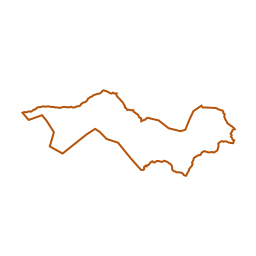 the district of Passagem Franca do Piauí, Piauí, Brazil, rotated 104°
{"feature_id": "56859067B41463786975688", "entity_name": "Passagem Franca do Piauí", "entity_type": "district", "adm_level": 2, "iso_a3": "BRA", "parent_name": "Brazil", "parent_adm1": "Piauí", "projection": "robinson", "projection_center": [-42.424, -5.897], "detail": "fine", "context": "isolated", "style": "outline", "palette": "amber", "viewbox_px": 256, "rotation_deg": 104, "n_neighbors": 0, "source": "geoboundaries", "source_scale": "gbopen_adm2", "svg_char_len": 2746}
<svg xmlns="http://www.w3.org/2000/svg" viewBox="0 0 256 256"><g transform="rotate(104 128 128)"><path d="M109.4,127.2L110.1,129.3L110.0,131.5L110.7,133.1L109.4,134.5L108.7,136.1L107.3,136.4L105.7,138.2L104.5,139.1L103.7,140.5L102.1,142.8L101.2,144.2L100.0,146.2L98.5,147.4L97.2,147.4L97.8,149.5L97.4,151.3L98.5,152.1L98.6,154.0L97.8,156.1L97.5,158.2L97.4,159.6L97.4,161.0L98.3,161.8L99.7,162.4L101.5,164.0L102.4,166.2L103.6,167.9L104.4,169.3L106.0,170.4L106.9,171.9L108.2,172.9L109.1,173.9L110.7,174.2L112.5,175.1L113.3,175.9L114.1,177.4L115.4,178.7L116.3,179.3L117.6,179.6L118.5,180.7L119.4,182.6L120.0,183.8L121.0,184.7L121.5,186.9L121.2,188.7L122.3,190.0L122.5,191.8L122.8,193.5L123.0,195.1L123.7,196.8L124.4,197.9L125.1,199.1L125.1,201.2L125.3,202.6L125.8,204.0L125.5,205.5L126.1,206.8L126.2,208.9L126.2,210.3L126.8,212.1L127.4,213.7L127.4,215.0L128.1,216.8L128.9,218.1L129.4,219.8L130.4,221.3L132.3,222.3L132.7,223.4L133.5,224.3L134.6,225.1L135.7,226.2L135.7,227.6L136.1,228.8L137.3,229.9L137.4,231.8L138.0,233.1L138.7,234.0L143.0,228.1L144.2,226.3L140.7,221.0L136.4,214.5L140.7,208.7L150.0,198.9L164.8,199.4L168.6,185.3L158.4,177.5L144.3,166.7L136.8,159.7L138.7,154.3L143.8,146.2L144.7,134.1L156.4,118.5L165.5,105.2L165.1,103.3L164.1,102.3L162.6,102.9L161.2,102.7L160.8,100.8L159.9,101.2L159.3,99.7L158.2,98.6L157.0,98.4L155.6,97.5L154.4,96.4L155.3,94.5L154.6,93.4L153.3,92.3L152.7,90.9L152.7,89.4L152.8,87.4L152.1,86.1L151.0,85.0L151.2,83.1L151.5,81.2L152.2,79.7L152.8,77.8L153.5,76.9L155.0,75.8L156.8,75.4L157.8,74.8L158.7,73.3L159.0,70.9L159.1,69.4L158.7,67.9L158.5,66.4L158.6,64.9L159.1,63.6L160.0,62.6L160.4,61.2L160.2,60.0L157.9,59.6L156.0,59.1L154.6,58.6L153.3,58.8L152.0,58.2L150.7,57.7L149.3,56.9L147.3,56.6L146.2,57.5L145.2,57.2L143.2,56.8L141.1,56.8L139.2,55.0L137.4,53.2L137.0,51.6L135.8,50.8L134.4,50.7L133.2,49.8L132.0,48.4L132.1,46.1L132.3,44.1L131.0,40.7L131.0,38.6L129.8,37.5L128.7,36.3L127.3,35.8L126.2,35.8L124.9,35.7L123.0,36.0L121.3,36.6L119.9,35.7L119.0,35.0L118.0,33.5L118.2,32.1L117.5,30.8L117.3,28.9L117.7,26.9L117.7,25.0L117.3,22.3L115.5,22.2L114.3,22.0L114.1,23.6L112.7,24.5L111.5,25.9L109.9,25.6L108.7,27.1L107.7,26.7L106.6,26.3L105.2,26.2L104.0,25.4L103.3,24.2L102.6,25.2L101.5,27.0L100.8,29.2L100.0,30.8L99.4,32.7L97.9,33.8L96.8,35.0L95.9,35.8L93.7,37.4L92.3,37.4L91.1,37.6L90.6,39.1L88.9,39.6L88.1,40.8L88.3,42.1L87.9,45.3L87.5,46.4L87.4,48.0L87.7,49.4L89.4,58.2L90.0,59.8L89.7,61.1L88.6,62.2L95.8,68.6L104.9,70.4L115.9,72.0L117.2,74.3L118.4,76.4L118.4,80.1L118.4,88.5L113.2,100.2L113.4,109.2L113.1,110.5L114.0,112.3L115.9,113.5L116.9,115.3L118.3,116.7L117.1,117.2L115.4,117.6L115.0,119.8L113.9,120.5L112.8,121.2L111.7,124.2L110.7,126.6L109.4,127.2Z" fill="none" stroke="#b45309" stroke-width="2"/></g></svg>